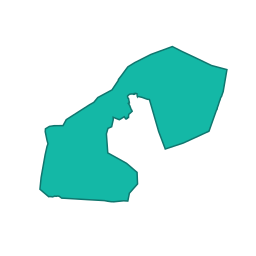 the district of San Andrés Sinaxtla, Oaxaca, Mexico, rotated 290°
{"feature_id": "50627088B95640219067046", "entity_name": "San Andrés Sinaxtla", "entity_type": "district", "adm_level": 2, "iso_a3": "MEX", "parent_name": "Mexico", "parent_adm1": "Oaxaca", "projection": "equal_earth", "projection_center": [-97.298, 17.485], "detail": "fine", "context": "isolated", "style": "filled", "palette": "teal", "viewbox_px": 256, "rotation_deg": 290, "n_neighbors": 0, "source": "geoboundaries", "source_scale": "gbopen_adm2", "svg_char_len": 1542}
<svg xmlns="http://www.w3.org/2000/svg" viewBox="0 0 256 256"><g transform="rotate(290 128 128)"><path d="M136.8,84.0L114.7,67.1L108.0,66.1L104.9,57.8L102.6,53.6L99.0,50.7L96.2,51.5L88.9,56.0L85.8,58.2L82.9,58.2L74.5,59.3L51.7,63.3L40.3,66.2L36.3,77.0L36.7,77.5L36.8,78.3L37.1,78.6L37.3,79.4L37.3,80.3L38.3,81.8L38.8,82.1L39.0,82.7L39.2,83.8L39.4,84.2L39.7,84.5L40.1,85.5L40.3,86.7L39.4,89.6L40.3,92.5L46.7,114.0L51.7,130.6L52.3,134.3L53.0,137.5L53.9,140.1L58.1,148.8L59.3,152.8L67.2,151.6L78.7,156.1L89.4,151.7L94.3,138.7L97.7,117.5L115.1,109.7L120.8,109.3L123.6,112.2L130.7,111.3L133.0,110.4L132.8,117.0L134.1,118.1L137.3,120.6L135.8,122.6L135.8,123.2L136.8,124.1L137.6,123.8L138.0,124.9L141.0,124.0L145.1,126.2L146.1,125.4L146.2,124.9L149.7,121.9L151.0,120.2L151.3,120.5L151.5,119.9L152.6,120.5L154.0,119.5L155.8,118.5L156.1,117.6L156.8,117.3L157.0,117.0L158.0,116.6L160.1,117.8L160.6,118.5L161.5,120.4L161.6,122.0L162.1,122.7L162.6,122.2L163.1,123.1L163.3,124.7L160.9,125.9L160.7,126.1L160.8,126.1L161.3,128.1L161.6,130.8L161.6,134.5L161.6,136.3L162.1,138.4L135.2,158.0L121.0,170.2L132.8,185.1L152.7,205.2L174.1,205.0L175.3,205.1L176.4,205.3L177.4,205.0L180.5,205.0L182.1,204.9L184.6,204.8L186.0,204.9L188.0,204.7L189.9,205.1L192.0,205.0L192.4,205.0L194.7,205.0L216.7,201.0L215.3,185.0L217.1,167.0L218.4,152.5L219.7,141.8L205.0,124.4L191.9,112.1L185.6,107.1L185.2,106.9L182.9,106.2L175.0,103.9L174.1,103.6L170.4,102.4L169.3,102.6L158.3,99.9L146.3,89.2L140.4,87.1L136.8,84.0Z" fill="#14b8a6" stroke="#0f766e" stroke-width="1.5"/></g></svg>